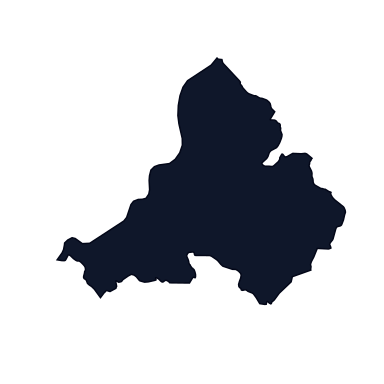 SVG path tracing the border of Trenciansky, rotated 348°
{"feature_id": "SVK-1055", "entity_name": "Trenciansky", "entity_type": "Region", "adm_level": 1, "iso_a3": "SVK", "parent_name": "Slovakia", "parent_adm1": "", "projection": "orthographic", "projection_center": [18.211, 48.911], "detail": "fine", "context": "isolated", "style": "filled", "palette": "ink", "viewbox_px": 384, "rotation_deg": 348, "n_neighbors": 0, "source": "natural_earth", "source_scale": "10m", "svg_char_len": 5001}
<svg xmlns="http://www.w3.org/2000/svg" viewBox="0 0 384 384"><g transform="rotate(348 192 192)"><path d="M175.9,159.5L182.4,156.5L188.2,151.1L192.3,144.2L193.6,137.6L193.4,124.2L193.4,122.4L194.1,114.3L196.6,104.5L200.3,95.3L205.0,87.6L210.8,82.2L237.1,71.9L244.3,66.2L245.2,67.5L248.8,68.7L248.8,71.0L248.9,71.5L249.0,72.1L249.2,72.7L261.3,92.8L261.8,93.8L262.1,94.6L262.0,95.0L261.7,95.8L261.7,96.2L261.8,96.7L262.8,98.6L263.0,99.2L263.1,99.7L263.1,100.0L263.4,100.7L265.9,105.2L266.9,106.6L268.0,107.7L272.8,110.8L273.1,110.9L273.7,110.9L274.2,111.1L274.9,111.5L277.2,113.7L278.1,114.3L278.8,114.6L279.9,114.9L283.6,117.2L284.6,118.1L286.2,120.3L286.8,121.8L286.9,123.9L286.8,125.1L287.0,126.3L287.2,127.0L289.6,130.7L284.3,136.3L283.6,137.4L283.8,138.0L284.2,138.1L285.0,138.1L287.8,138.9L288.2,139.2L288.7,139.6L289.1,140.1L289.4,140.5L289.9,141.9L290.2,142.3L290.5,142.5L291.2,142.9L291.6,143.2L291.9,143.6L292.1,143.9L292.2,144.4L292.2,145.0L291.9,146.2L291.8,146.7L291.8,147.1L292.0,147.5L292.0,148.0L291.9,148.4L291.6,149.3L291.4,149.9L291.4,150.5L292.0,154.5L291.5,156.2L290.5,158.2L288.0,162.0L285.7,164.7L283.9,166.2L278.0,167.9L276.7,168.7L275.6,169.8L273.7,173.0L272.6,174.2L271.8,174.9L266.0,178.3L267.2,180.8L268.8,182.0L272.4,182.7L275.2,183.6L275.9,183.8L277.4,183.4L282.7,180.3L284.0,179.0L284.7,178.0L284.8,177.5L284.9,176.9L285.2,176.5L287.7,173.7L288.2,173.7L288.7,174.1L289.9,176.6L290.3,177.1L292.2,177.2L298.6,175.2L306.8,177.3L310.6,177.7L311.7,178.3L312.4,178.9L316.4,184.0L315.4,184.9L315.1,185.5L314.6,186.0L314.2,186.4L313.8,186.6L313.5,186.9L313.3,187.3L313.2,187.8L313.0,188.4L312.8,189.1L312.2,189.9L312.0,190.6L312.0,191.7L313.2,196.3L313.3,197.8L313.2,199.0L312.7,200.8L312.6,201.6L312.6,202.4L312.9,203.8L312.9,204.5L312.9,205.3L312.6,207.2L312.7,208.9L313.1,209.8L313.9,211.0L318.4,215.0L318.9,215.4L319.4,215.5L320.3,215.8L320.8,216.1L321.6,216.6L322.1,216.8L322.9,217.0L326.0,220.0L327.2,220.7L327.8,221.1L327.9,221.4L327.4,222.0L327.3,222.7L327.4,223.7L328.0,225.8L328.7,227.3L330.0,229.4L336.9,237.8L337.4,238.7L338.0,241.6L337.9,243.6L337.6,244.2L337.2,244.9L336.6,245.9L334.3,250.9L331.5,255.2L330.8,255.7L329.9,256.0L327.0,256.1L325.9,256.7L325.0,257.9L320.3,267.0L319.6,268.0L316.7,270.4L316.1,271.2L315.7,271.8L316.2,274.5L316.2,275.7L314.8,276.0L313.7,276.1L302.8,273.2L297.6,280.9L294.7,284.4L293.8,285.7L293.3,286.6L292.9,287.5L292.8,288.1L292.8,288.6L292.9,289.0L292.9,289.5L292.8,290.0L292.1,292.0L292.0,292.4L292.0,293.1L272.5,295.7L270.3,300.5L256.3,309.1L250.0,314.7L247.0,316.4L246.7,316.8L246.6,317.1L246.5,317.5L246.2,317.7L245.8,317.8L244.5,316.7L243.2,314.8L242.8,314.6L242.4,314.8L241.9,315.8L241.4,316.9L241.3,317.2L239.9,317.1L235.1,315.3L232.8,308.6L230.9,304.4L230.0,303.4L226.1,300.8L225.1,299.6L224.4,299.0L223.6,298.7L221.2,298.7L220.4,298.5L219.8,297.9L219.8,296.5L219.1,295.8L218.6,295.2L218.2,293.9L218.4,292.0L220.0,289.0L221.7,286.4L222.8,283.6L222.7,281.8L221.1,279.1L218.9,276.9L215.4,276.0L206.8,271.0L205.2,268.8L203.1,264.8L202.0,263.3L197.7,258.8L196.1,257.8L182.0,254.7L181.6,254.3L181.4,253.0L181.5,252.2L181.4,251.5L180.8,251.1L180.2,250.8L176.1,250.4L174.7,251.5L173.7,252.8L173.5,253.6L173.6,254.6L174.0,256.5L174.2,257.8L174.3,259.0L174.2,261.1L174.4,261.9L174.6,262.5L174.8,262.6L175.0,262.9L175.1,263.4L175.3,264.3L176.2,266.3L176.3,266.5L176.5,266.7L176.8,266.8L177.1,267.4L177.2,267.7L177.5,267.9L177.7,268.2L177.9,268.6L178.2,270.5L178.3,272.1L178.3,273.5L177.9,275.4L177.6,276.1L177.2,276.5L176.3,276.0L175.8,275.7L175.0,275.9L174.5,276.3L170.6,280.5L151.4,276.2L151.1,275.6L150.6,274.9L149.3,273.5L148.4,273.1L147.3,272.9L146.6,273.2L145.9,273.6L144.8,274.0L144.0,273.8L143.1,272.9L141.5,270.4L140.0,268.9L139.3,268.4L138.7,268.2L138.5,268.4L138.4,268.8L138.4,269.2L138.5,269.6L138.6,270.1L138.5,270.5L137.3,270.7L130.5,270.8L126.8,270.3L123.2,268.4L122.5,268.0L122.1,267.5L120.0,263.4L118.2,261.3L115.6,259.9L112.3,260.8L106.1,263.4L104.8,264.6L104.3,264.9L103.6,265.0L101.7,265.0L101.2,264.8L99.8,263.3L99.4,263.1L99.1,263.3L98.9,263.7L98.8,264.3L98.7,265.6L98.8,266.5L98.7,267.0L98.7,267.4L98.7,267.9L98.7,268.5L98.1,269.3L97.5,270.4L91.1,272.3L88.2,270.7L87.8,270.7L87.3,270.8L86.9,271.1L86.5,271.5L85.1,272.3L80.5,276.3L76.3,266.8L74.1,263.5L72.2,261.6L71.4,260.5L70.8,259.7L70.3,256.4L69.7,255.4L68.6,254.4L68.3,253.7L68.2,253.0L68.5,251.9L68.9,251.1L69.6,249.7L70.0,248.9L70.3,247.9L70.6,247.3L71.4,246.5L71.7,245.7L71.9,243.6L71.3,241.7L70.2,239.8L68.7,237.5L67.8,236.5L67.2,236.0L65.5,235.6L65.1,235.4L64.7,235.1L64.4,234.8L64.1,234.6L62.2,232.5L59.9,229.1L58.8,228.0L57.9,227.8L54.5,231.9L53.8,232.5L53.3,232.6L52.7,232.6L50.3,232.0L46.0,230.3L52.3,224.5L54.4,221.6L56.2,217.3L56.8,215.4L60.5,213.1L65.2,211.8L68.1,213.2L74.0,219.7L81.3,220.9L103.3,212.4L119.3,206.2L122.8,203.3L129.7,191.6L132.9,188.9L137.8,188.1L141.9,188.8L145.7,188.6L149.3,185.1L151.0,181.0L152.5,171.7L153.8,167.3L156.4,162.0L160.5,159.4L165.3,158.7L175.9,159.5Z" fill="#0f172a" stroke="#020617" stroke-width="1.5"/></g></svg>